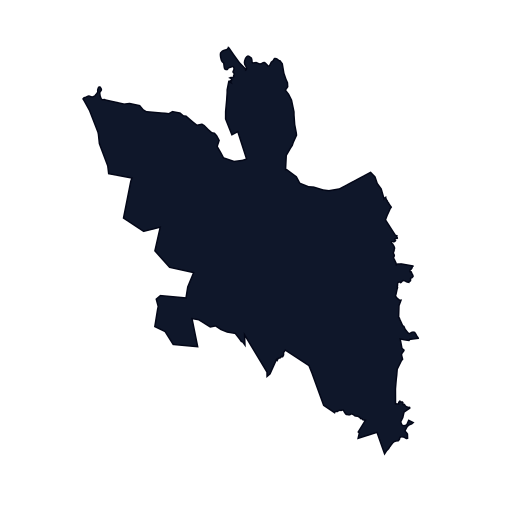 Tecoanapa, Guerrero, Mexico (Natural Earth projection), rotated 354°
{"feature_id": "50627088B15392276223600", "entity_name": "Tecoanapa", "entity_type": "district", "adm_level": 2, "iso_a3": "MEX", "parent_name": "Mexico", "parent_adm1": "Guerrero", "projection": "natural_earth1", "projection_center": [-99.252, 16.971], "detail": "fine", "context": "isolated", "style": "filled", "palette": "ink", "viewbox_px": 512, "rotation_deg": 354, "n_neighbors": 0, "source": "geoboundaries", "source_scale": "gbopen_adm2", "svg_char_len": 6012}
<svg xmlns="http://www.w3.org/2000/svg" viewBox="0 0 512 512"><g transform="rotate(354 256 256)"><path d="M118.0,150.9L118.1,158.7L140.8,165.5L139.3,168.6L128.2,204.4L146.8,219.7L163.8,217.3L156.0,240.3L168.9,258.2L192.3,266.0L184.9,279.6L182.0,290.4L156.8,285.4L152.3,288.5L153.5,296.0L152.6,298.7L148.0,315.6L157.7,321.6L164.4,335.3L188.5,340.1L185.8,311.5L192.4,313.4L203.1,321.8L208.5,321.3L213.4,325.4L219.4,328.6L227.3,330.8L231.4,337.4L232.1,338.9L232.9,339.7L233.8,340.1L235.7,343.4L236.4,333.2L254.8,372.6L254.4,376.9L257.6,374.7L265.5,361.1L266.1,362.1L266.8,361.1L267.2,360.1L269.5,359.8L270.0,359.2L270.2,358.8L270.7,358.4L271.4,358.6L271.5,359.0L272.1,358.8L273.1,357.2L273.3,354.9L275.3,352.6L297.2,370.5L299.4,378.1L307.7,411.6L317.7,420.0L317.8,419.6L318.4,419.2L319.9,418.8L320.3,419.2L321.0,419.0L321.7,418.5L322.7,418.2L324.8,418.5L325.4,418.2L326.6,418.3L327.1,419.2L327.8,420.9L328.8,422.6L329.4,423.1L330.6,423.3L331.3,423.6L332.7,423.7L333.9,423.1L334.9,423.1L336.5,424.1L337.5,425.2L338.5,425.6L340.4,426.0L342.4,427.4L342.9,428.1L342.9,428.5L343.2,428.7L343.5,428.8L344.2,428.7L344.5,428.9L345.1,430.0L345.6,430.2L347.7,430.8L339.3,441.7L340.3,442.8L338.5,448.0L357.9,444.0L363.2,466.2L365.4,463.4L367.8,461.4L369.0,459.7L369.7,459.1L370.6,458.0L371.4,457.2L372.3,456.2L373.9,455.1L376.0,454.6L378.2,454.6L379.5,453.3L379.9,452.0L380.5,451.3L381.2,451.0L382.9,451.2L384.4,451.7L386.0,452.9L386.7,453.3L387.7,453.1L388.0,448.9L387.1,447.3L386.1,446.1L386.0,445.4L386.2,444.8L386.8,444.0L388.1,442.0L389.5,440.7L390.7,440.0L391.3,439.7L392.0,439.6L393.3,439.2L394.9,438.1L390.7,435.4L388.5,439.3L386.9,440.2L385.4,440.2L384.3,440.0L383.4,439.2L382.5,436.1L385.1,432.0L386.9,426.7L393.0,423.4L393.0,422.7L392.7,422.5L391.9,422.6L389.6,421.5L388.7,420.5L388.1,419.2L387.4,419.4L386.8,419.2L386.6,418.9L386.8,417.5L386.3,416.5L384.7,416.3L384.1,415.9L383.9,415.4L382.7,416.4L382.4,418.1L379.3,417.6L380.8,402.7L382.6,393.2L383.5,389.2L384.6,383.3L389.7,375.2L391.0,374.0L390.4,369.8L390.6,368.5L393.2,365.6L393.3,365.0L391.5,363.2L390.7,353.5L394.3,354.7L399.3,356.0L400.2,355.0L408.7,354.8L408.6,354.1L407.7,352.8L406.8,350.5L405.8,348.6L405.0,348.2L404.0,348.1L402.6,348.3L401.2,349.1L400.6,349.2L399.5,348.8L398.5,347.4L396.6,344.4L395.7,341.5L394.5,340.6L393.0,335.9L392.4,334.3L392.1,332.8L391.7,332.1L391.4,332.0L393.0,320.3L395.6,315.1L394.3,315.0L394.0,314.8L391.8,312.6L391.0,311.2L390.6,311.0L390.5,310.4L391.3,308.4L392.9,303.5L393.3,302.7L393.5,301.9L393.4,301.7L393.3,300.8L393.6,300.4L394.0,297.9L394.4,297.3L395.3,296.8L396.4,296.8L396.7,296.9L396.7,297.4L396.9,297.6L397.1,297.6L397.7,297.3L399.3,295.8L400.2,295.8L400.6,296.1L401.7,296.2L402.7,297.2L403.7,297.7L405.3,298.2L405.6,297.3L406.8,297.0L407.0,296.8L407.2,296.2L407.3,294.4L407.7,294.1L408.6,294.0L409.9,292.9L410.1,292.5L409.9,291.4L409.2,289.8L408.7,288.0L407.6,287.8L407.5,287.0L407.6,286.6L407.7,286.0L408.7,285.5L409.6,284.6L410.0,283.9L410.4,282.7L411.6,282.5L399.8,279.1L395.9,278.8L394.6,279.5L394.5,277.7L393.2,273.9L392.9,273.5L392.6,271.8L392.6,271.5L393.3,270.8L393.6,270.0L393.6,269.6L393.2,268.4L392.8,267.5L392.8,267.3L393.9,265.1L394.0,264.0L394.5,263.3L394.6,262.4L394.5,261.7L393.9,260.0L393.0,258.2L392.4,258.0L392.2,257.8L392.1,257.6L391.9,256.6L392.2,256.1L393.0,255.9L394.7,256.3L395.9,255.7L396.2,255.5L396.4,255.1L395.7,254.2L395.7,253.7L396.6,253.1L398.2,253.2L398.4,253.1L398.4,252.7L397.9,250.9L397.9,250.6L398.0,250.5L396.8,250.1L388.5,233.6L390.7,229.2L392.8,225.7L394.4,222.9L395.6,221.6L395.3,220.9L394.6,219.9L393.9,218.4L393.6,218.1L393.4,217.2L392.6,216.1L392.3,214.9L391.8,214.2L391.4,212.9L391.0,212.1L391.1,211.6L391.1,211.2L390.0,211.8L389.3,212.6L387.5,202.4L384.1,196.5L382.6,189.8L378.7,184.8L346.1,198.0L335.3,198.7L329.7,197.4L320.5,193.5L315.3,192.6L307.1,188.2L304.4,181.5L295.5,173.3L294.4,173.2L296.6,159.1L301.7,152.1L303.6,149.8L304.9,146.9L308.9,140.1L308.9,137.8L308.2,129.4L308.5,119.9L308.8,116.6L307.6,104.7L305.3,98.6L302.5,94.1L305.2,91.0L305.4,87.0L304.2,83.3L302.8,77.2L302.2,67.6L300.2,64.3L299.6,64.2L299.2,64.0L297.5,62.3L296.8,61.9L295.4,61.5L294.9,61.7L294.6,62.0L293.6,63.5L291.4,64.9L290.0,67.3L288.9,68.3L288.4,68.5L287.9,68.5L287.6,68.2L287.3,67.5L285.9,65.7L284.8,64.5L283.9,64.4L282.7,64.7L281.8,65.2L280.0,65.5L278.6,64.9L276.6,63.7L276.2,63.6L274.1,63.7L273.1,63.7L272.6,63.3L272.3,62.5L272.4,60.7L272.1,58.7L270.0,56.8L269.2,56.4L268.5,56.4L267.5,57.0L266.3,58.3L265.1,60.8L264.7,62.5L264.9,64.3L265.6,65.8L266.1,67.2L266.3,68.7L266.2,69.2L266.0,69.6L265.1,70.0L265.2,69.1L259.7,62.1L254.7,53.4L250.9,46.4L250.3,45.8L250.0,46.5L249.0,47.4L248.3,47.7L245.8,48.1L244.0,48.7L242.0,50.4L241.6,52.2L241.6,54.4L242.0,57.5L242.7,59.2L243.7,60.3L244.1,60.9L244.1,62.1L244.1,63.8L244.2,65.4L244.4,66.4L244.7,66.9L245.3,67.3L246.6,67.6L247.2,67.3L247.9,66.3L248.2,66.1L249.7,65.7L251.0,65.5L251.4,65.2L252.2,65.1L253.1,65.3L253.5,66.0L253.7,66.7L253.7,67.5L253.6,68.0L253.1,69.2L252.5,70.0L252.4,70.7L253.5,72.4L253.5,72.7L252.6,74.4L252.7,75.5L251.8,76.0L249.2,75.9L248.7,76.1L249.4,76.5L250.3,77.8L250.0,79.1L249.6,79.5L249.3,79.5L248.3,78.6L249.3,81.0L247.2,79.6L244.7,87.7L244.4,90.5L243.1,98.1L240.9,109.1L240.1,116.5L244.7,132.9L250.9,130.4L256.8,158.6L252.6,159.5L244.1,159.7L233.9,155.0L231.9,150.0L228.8,143.0L231.4,137.2L229.4,132.3L227.5,129.6L224.9,128.8L221.6,125.3L218.1,120.9L216.0,119.3L210.9,119.8L206.9,115.9L201.0,109.6L198.4,109.1L195.4,105.9L188.0,103.7L184.2,105.4L180.9,104.6L177.2,104.0L161.9,101.0L159.0,98.8L156.0,94.3L146.2,91.1L140.8,91.2L122.3,85.0L121.9,84.6L119.5,84.5L118.7,84.0L118.3,83.0L117.7,80.6L117.6,78.3L117.7,77.0L119.4,75.0L119.6,74.6L119.6,74.0L119.4,73.2L118.6,71.7L117.8,71.5L117.1,71.8L116.3,73.3L115.9,74.4L115.8,76.0L115.7,76.5L114.4,78.1L113.3,79.0L112.9,79.6L112.2,80.1L109.8,80.8L108.9,80.5L106.8,79.5L106.3,79.4L105.0,79.7L103.3,80.4L101.6,80.6L101.0,81.1L100.4,81.7L101.3,83.5L105.7,93.9L111.8,116.4L112.0,118.5L112.0,127.9L118.0,150.9Z" fill="#0f172a" stroke="#020617" stroke-width="1.5"/></g></svg>